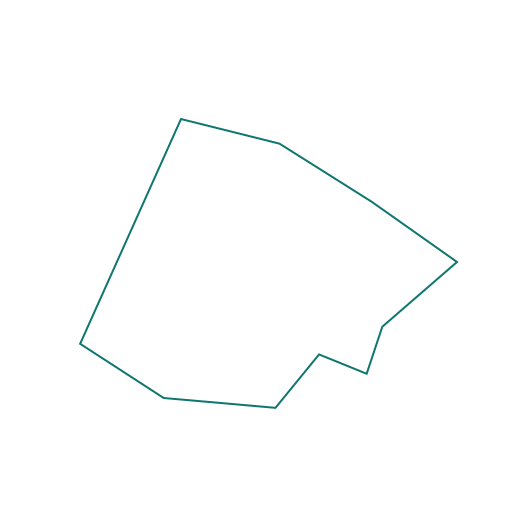 map outline of Floriana (Robinson projection), rotated 255°
{"feature_id": "MLT-5954", "entity_name": "Floriana", "entity_type": "state/province", "adm_level": 1, "iso_a3": "MLT", "parent_name": "Malta", "parent_adm1": "", "projection": "robinson", "projection_center": [14.501, 35.887], "detail": "fine", "context": "isolated", "style": "outline", "palette": "teal", "viewbox_px": 512, "rotation_deg": 255, "n_neighbors": 0, "source": "natural_earth", "source_scale": "10m", "svg_char_len": 297}
<svg xmlns="http://www.w3.org/2000/svg" viewBox="0 0 512 512"><g transform="rotate(255 256 256)"><path d="M142.7,130.1L216.7,63.4L407.7,219.0L358.4,307.8L278.3,381.9L198.2,448.6L155.0,359.7L113.6,332.4L144.6,291.4L104.3,235.5L142.7,130.1Z" fill="none" stroke="#0f766e" stroke-width="2"/></g></svg>